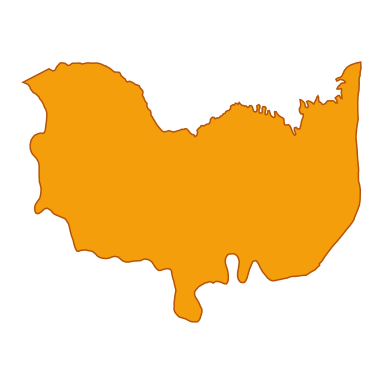 Vitória do Jari, Amapá, Brazil (Equal Earth projection)
{"feature_id": "56859067B90062016450461", "entity_name": "Vitória do Jari", "entity_type": "district", "adm_level": 2, "iso_a3": "BRA", "parent_name": "Brazil", "parent_adm1": "Amapá", "projection": "equal_earth", "projection_center": [-52.026, -1.016], "detail": "fine", "context": "isolated", "style": "filled", "palette": "amber", "viewbox_px": 384, "rotation_deg": 0, "n_neighbors": 0, "source": "geoboundaries", "source_scale": "gbopen_adm2", "svg_char_len": 5927}
<svg xmlns="http://www.w3.org/2000/svg" viewBox="0 0 384 384"><path d="M319.7,265.3L319.3,263.7L321.2,262.0L322.3,260.6L325.3,255.9L329.8,249.9L333.2,245.5L336.6,241.8L343.1,234.0L346.7,229.3L349.9,225.6L352.2,222.4L353.9,219.7L354.4,217.8L357.7,209.7L359.2,205.6L359.6,203.7L360.1,199.8L360.3,190.1L359.7,185.4L358.5,181.0L358.4,175.4L358.4,172.9L358.6,170.7L358.5,168.1L357.6,158.8L357.0,148.7L356.0,138.0L356.0,136.0L356.7,128.4L357.3,124.0L358.2,119.1L357.9,115.0L357.7,103.9L358.0,96.2L358.5,92.4L358.9,90.7L359.2,83.7L359.1,81.7L359.2,78.1L360.1,75.4L360.1,73.4L360.3,71.4L361.0,68.2L360.7,62.1L356.0,63.1L351.3,64.7L349.4,65.7L347.6,66.9L345.8,68.7L344.4,70.6L342.0,75.8L341.0,76.9L337.2,78.3L335.9,79.3L336.8,81.0L338.4,80.5L340.1,79.4L342.4,79.9L343.8,80.5L345.5,82.0L344.1,83.1L342.5,82.9L341.1,83.5L340.1,84.6L337.9,86.9L336.9,88.9L338.4,89.2L339.8,88.8L341.4,88.8L341.5,90.7L341.3,93.2L341.8,95.7L341.9,98.6L340.5,97.6L339.5,95.6L338.2,95.5L336.7,96.6L335.2,97.9L336.8,100.6L337.3,102.9L335.6,102.9L334.3,101.3L333.0,100.8L331.6,100.9L329.6,100.8L327.7,100.8L326.7,101.8L325.6,103.2L323.7,104.5L321.9,104.0L320.8,102.5L319.0,101.6L318.6,99.5L318.6,97.3L317.9,95.8L316.8,97.3L316.2,99.3L313.7,104.0L311.8,102.5L310.0,101.4L308.2,100.9L306.6,101.5L307.7,104.2L308.4,106.5L307.1,107.7L305.4,106.9L304.6,103.2L303.4,101.8L301.5,100.1L300.0,99.7L300.8,104.5L300.4,106.8L299.3,108.8L299.6,111.8L301.1,114.0L303.2,114.1L303.2,116.7L302.2,119.2L301.3,122.2L301.0,124.3L299.9,128.7L297.9,129.1L296.2,127.4L294.4,127.8L294.3,130.5L295.2,132.4L295.8,134.2L294.7,135.3L293.6,134.0L292.6,132.1L291.7,130.0L291.0,128.1L290.3,126.3L288.6,124.7L286.8,125.0L285.0,125.0L284.2,123.5L284.0,121.4L283.9,119.1L282.6,117.7L280.8,116.9L279.6,116.1L278.5,115.2L277.3,113.9L276.2,111.8L274.7,111.6L274.6,113.5L275.1,115.6L274.6,117.3L273.3,117.4L271.7,116.3L270.5,114.7L269.9,112.4L269.2,110.6L267.8,110.9L267.5,113.9L266.0,114.8L264.9,113.7L265.4,111.1L266.1,108.1L264.9,106.7L263.0,106.6L262.1,108.4L262.3,111.5L261.6,113.0L260.2,113.2L259.0,112.1L259.1,109.5L260.0,107.3L259.9,105.7L258.8,104.6L256.8,105.9L257.2,108.6L256.6,111.4L254.9,112.0L253.4,110.8L253.0,108.9L252.3,106.8L251.2,105.6L249.6,105.6L248.7,107.3L247.4,107.4L246.4,106.0L244.8,106.2L243.7,105.5L242.3,105.5L240.9,104.6L239.2,102.5L238.1,104.2L236.9,103.4L235.3,103.3L234.4,105.0L232.7,104.8L230.6,106.2L230.6,108.2L229.4,110.3L228.2,110.5L226.0,111.4L225.0,113.3L223.3,113.8L221.9,115.8L220.6,116.1L219.4,117.5L218.1,118.0L216.9,117.9L215.1,118.8L214.0,117.4L212.3,117.3L210.5,119.2L210.3,121.1L209.8,122.7L208.6,123.9L206.5,124.3L203.9,125.9L202.5,125.6L201.1,125.7L200.4,127.1L198.8,128.2L197.0,130.4L197.6,132.7L196.8,135.4L195.0,136.6L193.9,134.9L191.7,134.2L190.1,132.9L188.9,131.2L186.9,129.0L185.0,128.7L183.6,129.5L182.0,129.2L179.0,130.5L177.7,130.8L174.9,131.7L173.2,131.9L170.1,131.1L168.7,130.6L167.0,131.3L165.4,131.6L164.2,131.9L162.4,131.1L160.9,129.7L159.4,127.8L158.2,126.5L156.8,124.7L155.8,122.9L154.8,121.2L152.9,118.2L152.2,116.7L150.9,115.2L151.0,112.9L150.5,110.9L149.1,109.6L147.9,108.6L146.8,105.8L147.0,103.2L145.5,101.8L144.4,99.6L143.9,97.9L142.9,96.4L142.4,94.7L142.9,93.1L142.9,91.2L141.6,89.4L140.2,88.1L139.3,85.9L137.4,85.0L135.6,84.6L132.5,82.4L129.4,81.2L127.4,82.0L126.0,80.9L125.2,79.0L123.6,78.0L122.5,76.8L121.2,75.8L120.4,73.8L119.4,72.4L117.9,72.2L114.5,72.0L112.8,70.8L110.9,69.1L109.0,67.8L107.2,66.9L105.9,66.0L104.3,65.6L102.4,64.7L100.6,63.9L98.9,63.4L97.1,63.1L94.4,63.1L93.0,63.2L87.7,62.9L85.6,63.2L81.9,64.0L80.2,63.1L74.6,63.3L72.3,63.2L69.6,65.2L68.0,65.5L64.8,63.2L61.4,62.8L59.9,63.2L56.5,67.1L55.5,69.5L54.5,70.5L52.8,70.9L49.0,68.8L23.0,82.3L26.5,83.7L28.0,84.6L29.8,86.6L30.4,88.8L33.3,92.6L35.9,94.0L38.7,96.7L40.1,99.3L41.9,101.4L43.4,104.4L44.7,107.6L46.0,109.9L46.8,112.8L46.8,116.1L46.4,121.5L45.1,131.0L43.8,133.1L42.3,133.3L40.3,133.1L37.9,133.8L36.1,134.6L34.5,135.4L33.4,136.7L32.4,138.1L31.2,139.9L30.1,144.7L30.2,146.8L30.4,149.2L31.5,152.5L32.8,154.5L36.5,158.5L38.6,162.4L39.2,166.0L39.1,173.6L39.4,181.9L40.1,184.1L41.0,188.0L41.0,191.1L40.8,193.5L40.0,197.6L39.1,199.1L37.4,201.4L35.3,204.8L34.6,207.6L35.0,210.9L35.5,212.5L36.5,213.5L38.6,213.5L40.8,212.2L44.5,208.9L47.3,208.2L50.9,210.4L52.8,212.9L54.8,214.4L62.4,217.6L63.8,218.1L65.7,219.4L68.4,223.6L69.4,227.0L70.1,230.4L71.6,236.1L72.9,239.4L74.2,244.8L75.3,248.2L76.7,250.9L78.2,251.4L80.8,250.4L85.6,249.9L88.6,250.7L90.8,250.9L93.0,251.8L95.7,254.1L97.6,256.2L100.0,257.5L102.9,258.3L106.2,258.6L109.2,258.1L112.7,256.7L115.2,256.4L118.1,257.0L122.3,260.6L125.3,261.9L128.5,262.1L133.2,261.1L140.3,260.7L144.2,259.0L146.6,259.3L148.6,259.8L151.5,261.5L153.3,264.1L154.9,266.7L156.5,268.7L158.3,270.3L160.0,270.5L162.6,269.8L163.9,269.1L167.7,268.6L170.3,269.3L171.5,271.0L171.7,272.9L172.8,278.1L173.9,281.2L174.2,283.4L175.5,288.4L175.9,290.5L175.4,293.4L174.8,296.7L174.1,303.2L174.2,306.1L174.0,309.4L174.5,311.2L175.4,312.9L177.9,315.8L179.3,317.0L185.6,318.9L189.7,321.1L191.8,321.7L196.2,321.9L197.5,321.7L198.7,320.7L200.0,318.6L202.0,311.9L201.8,309.0L200.8,307.2L198.9,302.8L197.8,300.8L195.0,296.3L194.6,294.5L194.6,292.2L195.4,290.5L198.5,286.9L201.7,284.8L203.2,284.2L204.7,282.9L206.2,282.8L209.6,281.7L211.0,281.8L213.3,283.1L215.3,281.6L217.7,281.4L220.6,282.1L224.2,283.7L226.5,283.9L227.9,281.4L228.3,279.6L228.3,275.0L227.6,270.5L225.5,263.8L225.3,262.0L225.5,258.6L226.5,256.5L227.7,254.9L229.0,254.1L233.6,253.7L235.8,254.7L237.7,256.7L238.5,258.7L239.3,261.8L238.7,267.0L237.6,272.8L237.6,276.7L238.2,278.9L239.5,281.2L240.6,282.2L242.0,282.6L243.5,282.6L244.8,282.1L245.9,280.5L246.9,278.5L249.4,269.6L251.8,263.7L252.9,261.6L255.1,260.6L256.4,260.9L258.4,263.7L259.9,267.0L262.7,271.9L267.7,278.1L270.0,279.9L272.0,280.7L274.3,280.7L287.4,277.9L290.7,276.7L293.1,276.3L295.5,276.4L302.5,275.4L306.2,275.2L310.7,272.2L315.3,269.6L317.0,267.7L319.7,265.3Z" fill="#f59e0b" stroke="#b45309" stroke-width="1.5"/></svg>